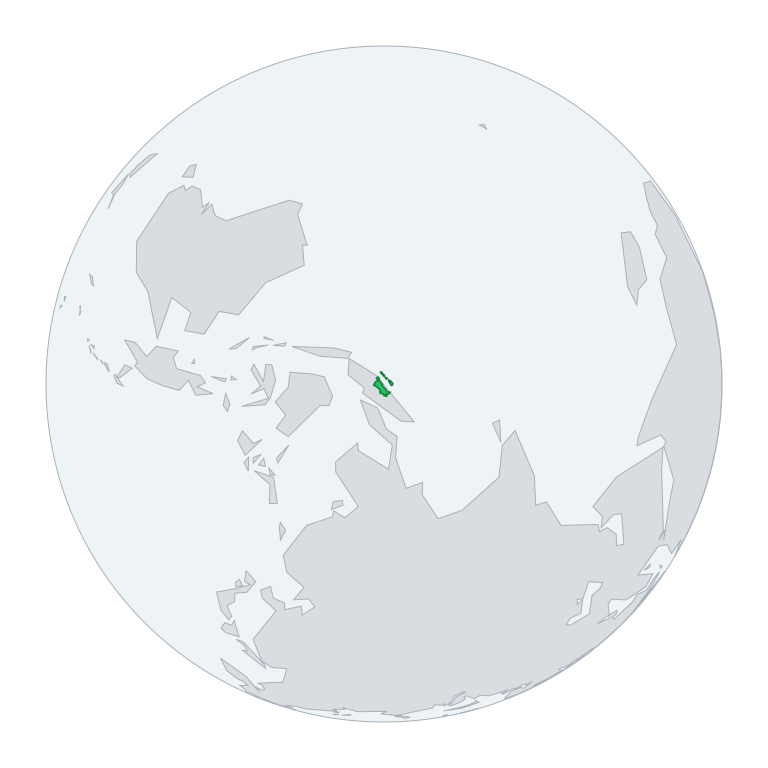 globe centered on Sumatera Barat, rotated 177°
{"feature_id": "IDN-539", "entity_name": "Sumatera Barat", "entity_type": "Province", "adm_level": 1, "iso_a3": "IDN", "parent_name": "Indonesia", "parent_adm1": "", "projection": "orthographic", "projection_center": [100.097, -1.223], "detail": "fine", "context": "on_globe", "style": "filled", "palette": "green", "viewbox_px": 768, "rotation_deg": 177, "n_neighbors": 0, "source": "natural_earth", "source_scale": "10m", "svg_char_len": 11815}
<svg xmlns="http://www.w3.org/2000/svg" viewBox="0 0 768 768"><g transform="rotate(177 384 384)"><circle cx="384" cy="384" r="338" fill="#eef3f6" stroke="#a8b0b8"/><path d="M703.7,476.3L703.1,478.8L702.9,479.1L703.7,476.3ZM526.1,77.4L529.5,79.0L519.2,74.7L524.7,77.3L503.4,68.2L519.2,74.3L520.1,74.7L526.1,77.4ZM493.3,64.4L489.3,63.1L491.5,63.7L493.3,64.4ZM113.9,180.9L113.8,181.1L112.4,182.9L113.9,180.9ZM102.5,197.0L95.7,212.7L105.7,199.6L109.5,208.7L118.6,207.7L140.5,179.8L125.5,180.5L133.3,167.7L153.6,155.7L168.2,157.2L171.7,152.4L171.2,141.8L183.5,133.5L172.1,137.8L170.1,142.4L162.9,145.7L164.3,141.8L168.6,138.7L166.7,136.9L146.8,153.8L142.6,160.4L132.3,164.5L124.4,176.2L118.4,182.2L129.5,164.8L135.2,158.3L148.5,141.8L141.5,148.7L128.5,165.3L128.6,164.2L119.1,175.5L126.4,166.1L136.6,153.8L160.2,130.9L185.8,110.3L190.1,108.5L194.8,105.8L205.6,98.6L205.6,99.6L215.5,93.0L224.4,90.2L221.9,88.6L234.6,81.8L246.8,76.7L250.6,74.6L230.7,83.2L223.2,87.1L217.4,90.6L196.5,103.2L192.2,105.8L200.1,100.5L225.8,85.4L252.9,72.6L268.9,66.5L280.4,63.5L272.9,70.5L263.0,74.0L260.7,72.7L251.2,79.3L257.5,76.1L257.5,77.5L269.6,72.7L270.2,73.6L280.9,68.1L282.9,68.6L276.1,72.1L295.8,67.1L303.4,68.1L307.6,66.7L309.9,64.9L318.0,68.3L320.7,67.2L319.1,65.5L323.5,62.5L334.5,59.0L336.7,60.3L333.0,61.8L328.7,67.5L318.6,72.1L320.6,72.4L329.9,68.8L335.2,61.7L341.2,59.3L340.1,62.1L340.9,60.9L344.6,60.2L350.3,61.0L352.1,57.9L389.3,52.4L404.0,54.7L398.9,57.0L427.2,58.1L441.6,62.9L440.1,61.1L452.6,61.9L448.3,60.3L448.5,59.6L478.8,63.6L487.6,66.4L499.0,68.3L498.2,67.7L492.3,65.5L503.4,68.2L524.7,77.3L525.4,78.1L538.2,84.2L537.9,85.7L543.6,90.5L535.7,90.2L540.9,94.9L545.4,97.0L555.8,105.8L561.7,118.9L537.2,99.2L524.5,82.8L527.9,88.1L521.3,84.6L518.9,85.4L521.9,90.0L525.9,91.8L500.5,91.5L496.0,104.8L510.6,106.8L520.5,113.6L528.1,135.8L503.7,163.0L516.7,176.7L518.0,184.7L507.9,187.8L505.7,176.0L494.7,170.3L495.0,163.8L478.1,166.6L477.7,157.5L464.7,165.1L470.5,173.2L485.6,173.2L474.5,185.1L490.8,200.8L493.5,218.3L468.8,246.8L442.4,254.1L440.9,259.9L430.0,252.4L416.1,263.1L436.8,298.6L436.4,308.7L413.5,326.4L412.9,318.7L384.0,298.6L378.9,322.6L400.8,344.3L408.3,369.2L391.6,360.5L383.9,338.8L373.7,331.0L376.3,309.9L367.5,278.7L350.6,283.8L351.7,271.6L337.0,246.7L312.6,253.7L274.1,284.9L269.0,316.6L255.6,330.6L238.7,284.7L238.8,255.0L227.9,257.7L214.6,233.5L177.6,232.5L176.6,225.2L168.7,228.8L160.0,221.9L160.2,210.3L152.9,211.4L153.5,242.1L161.8,241.4L174.7,229.1L172.9,240.5L181.8,250.7L156.5,279.1L108.7,306.2L111.3,282.8L112.7,222.4L116.8,215.7L117.1,215.0L117.5,213.7L110.2,224.6L112.9,213.5L104.3,254.4L99.6,273.0L107.9,307.6L105.3,311.5L110.2,318.7L134.6,309.0L133.2,317.0L117.2,354.7L89.7,408.0L97.6,443.5L102.8,474.2L95.1,495.5L105.3,519.3L102.7,528.2L108.9,541.8L112.1,556.6L114.1,571.0L107.2,572.7L99.3,560.5L84.4,537.3L60.4,480.7L54.1,454.0L50.3,433.9L46.6,402.8L46.1,378.7L47.4,354.7L50.3,330.7L54.9,307.1L61.3,283.8L69.2,261.1L78.8,239.0L89.9,217.6L102.5,197.0ZM176.2,174.3L189.8,175.8L196.6,159.2L202.4,158.7L202.6,153.7L197.0,158.1L199.3,144.8L209.9,140.6L214.8,134.1L210.5,133.5L190.8,143.7L187.3,162.1L178.7,168.7L176.2,174.3ZM118.4,175.2L118.4,175.5L119.7,174.4L113.8,182.0L118.4,175.2ZM195.2,103.8L195.7,103.4L193.3,105.0L189.3,107.8L190.3,107.1L195.2,103.8ZM325.9,51.1L320.6,52.1L307.5,54.9L308.9,54.5L325.9,51.1ZM134.2,184.6L127.6,190.0L128.0,187.5L130.1,186.1L134.2,184.6ZM117.3,185.5L118.0,188.6L115.7,187.5L117.3,185.5ZM312.3,53.9L316.4,53.0L315.2,53.3L312.3,53.9ZM328.6,50.7L328.3,50.9L327.6,50.8L328.6,50.7ZM268.4,633.4L275.3,637.7L270.5,638.0L268.4,633.4ZM135.6,468.2L139.3,522.5L129.9,523.1L121.8,507.2L116.1,474.4L124.9,464.9L127.5,450.0L135.6,468.2ZM491.8,433.4L501.5,435.8L501.1,437.4L491.8,433.4ZM481.6,426.9L492.9,428.4L479.6,430.2L481.6,426.9ZM497.3,429.0L508.7,427.1L513.7,425.0L512.7,428.2L497.3,429.0ZM474.0,426.3L431.6,422.6L414.8,417.2L418.9,411.6L446.1,415.0L474.0,426.3ZM417.5,411.3L391.7,393.3L355.8,344.6L368.7,345.9L406.0,376.2L403.7,381.0L419.3,394.9L417.5,411.3ZM479.7,385.9L477.2,400.7L454.0,397.5L443.3,394.2L436.0,374.4L440.1,365.1L448.9,366.0L482.3,336.4L494.0,345.4L483.9,358.1L493.4,371.9L479.7,385.9ZM270.4,319.7L277.7,339.1L270.4,342.1L270.4,319.7ZM495.4,315.4L482.2,328.0L494.1,310.7L495.4,315.4ZM502.2,299.0L503.3,306.0L497.6,298.7L502.2,299.0ZM440.9,269.1L431.7,270.0L431.3,265.2L442.9,261.4L440.9,269.1ZM495.5,233.6L496.0,246.9L494.5,251.3L490.0,242.8L495.5,233.6ZM341.5,54.4L323.3,57.3L312.0,60.5L308.5,63.3L305.7,61.2L323.1,56.2L341.5,54.4ZM383.2,52.1L386.2,50.6L390.1,51.3L389.9,51.7L383.2,52.1ZM381.3,51.2L375.2,49.8L380.3,49.0L384.1,50.2L381.3,51.2ZM343.1,49.8L337.5,50.5L338.6,50.0L343.1,49.8ZM626.7,603.8L626.4,607.6L617.0,616.5L605.7,625.0L598.5,625.9L626.7,603.8ZM560.0,613.1L564.0,600.4L574.5,601.5L566.5,611.8L560.0,613.1ZM634.3,597.4L642.9,587.6L650.3,573.4L644.2,586.8L645.9,589.4L627.9,607.3L634.3,597.4ZM533.4,555.2L469.1,572.5L456.0,568.1L461.4,558.2L453.5,526.4L458.0,527.4L457.6,506.7L496.8,491.4L525.5,460.7L544.9,465.2L561.0,443.2L580.2,447.7L573.1,465.7L591.4,481.5L608.0,441.3L615.0,489.0L625.5,508.5L623.5,539.4L589.3,585.6L573.5,592.9L572.3,587.5L565.3,591.7L557.0,587.8L556.1,570.1L549.0,574.3L557.6,562.7L546.5,572.5L543.9,561.1L533.4,555.2ZM669.0,497.2L670.8,499.2L672.1,508.8L669.5,506.0L669.0,497.2ZM698.9,483.4L698.6,487.9L697.2,487.8L698.9,483.4ZM702.9,479.1L701.3,479.4L703.7,476.3L702.9,479.1ZM683.4,473.8L683.9,477.1L683.0,477.9L683.4,473.8ZM682.8,472.5L684.6,468.3L683.8,473.0L682.8,472.5ZM676.0,444.1L677.4,442.1L677.9,444.2L676.0,444.1ZM515.9,437.5L529.7,427.1L537.0,427.0L515.9,437.5ZM674.5,438.5L671.2,437.0L671.7,434.7L674.5,438.5ZM675.1,432.9L675.0,429.4L676.5,438.0L675.1,432.9ZM669.0,423.3L672.9,430.6L668.5,423.9L669.0,423.3ZM666.5,423.4L663.5,419.8L663.7,418.9L666.5,423.4ZM628.9,418.6L640.7,441.5L630.5,438.7L619.4,423.8L609.4,433.5L587.6,427.8L593.0,421.5L590.3,410.1L567.0,402.2L562.3,394.5L570.9,391.1L555.1,383.3L572.4,382.6L579.2,398.0L588.9,388.3L605.0,393.9L620.3,401.6L631.9,415.0L628.9,418.6ZM572.0,414.2L574.9,414.7L572.1,418.6L572.0,414.2ZM657.7,410.1L662.1,418.5L661.5,420.1L659.2,418.4L657.7,410.1ZM634.7,413.0L647.5,404.1L650.4,405.0L641.8,416.6L634.7,413.0ZM644.7,395.6L650.4,398.7L653.2,406.2L652.0,407.7L644.7,395.6ZM536.7,396.0L535.9,399.9L531.3,396.2L536.7,396.0ZM542.7,394.4L556.3,400.5L541.3,397.6L542.7,394.4ZM500.1,375.8L504.2,385.6L517.3,381.0L507.3,388.5L516.0,405.0L512.9,410.5L504.3,392.8L500.9,409.8L495.0,408.9L492.0,393.7L498.1,376.3L503.9,369.5L527.5,369.1L500.1,375.8ZM542.6,382.9L539.0,371.6L541.7,364.8L545.7,371.0L542.6,382.9ZM527.7,344.7L517.6,331.4L508.6,335.1L526.4,320.3L533.3,335.3L527.7,344.7ZM518.6,317.2L510.3,320.4L518.7,311.7L518.6,317.2ZM508.0,316.2L506.7,307.8L513.5,309.7L508.0,316.2ZM523.0,318.1L524.1,304.3L527.8,312.9L523.0,318.1ZM503.1,289.4L518.1,304.2L499.1,296.5L496.8,270.4L504.8,270.6L503.1,289.4ZM538.5,196.4L535.8,189.8L542.6,189.4L542.5,194.0L538.5,196.4ZM562.2,185.0L543.5,187.3L528.0,190.5L533.5,194.1L531.4,204.5L522.3,193.3L532.0,183.2L544.0,182.9L544.4,174.6L552.3,170.6L548.3,160.1L551.3,156.6L558.5,166.4L562.2,185.0ZM546.0,155.7L541.9,139.1L555.4,144.1L559.4,148.8L555.6,154.0L548.7,151.0L546.0,155.7ZM544.9,136.8L538.2,134.0L518.0,109.9L517.2,106.3L539.6,125.7L534.5,124.4L537.1,129.9L544.9,136.8ZM491.3,63.9L489.5,63.2L493.2,64.5L491.3,63.9ZM445.9,58.7L446.8,58.0L451.2,59.0L445.9,58.7ZM451.8,56.9L446.2,56.1L451.2,56.4L451.8,56.9ZM433.8,54.9L443.6,55.6L435.6,55.8L433.8,54.9Z" fill="#d9dde1" stroke="#a8b0b8" stroke-width="1"/><path d="M389.5,391.4L388.9,390.5L388.3,389.5L388.3,389.4L388.6,389.1L388.7,388.8L388.5,388.1L388.5,387.9L388.4,387.8L388.0,387.4L387.9,387.2L387.7,386.8L387.4,386.5L387.3,386.3L387.2,386.2L387.2,385.9L387.2,385.7L386.8,385.3L386.8,385.2L386.8,384.6L386.7,384.6L386.4,384.4L386.1,384.2L386.1,384.3L385.9,384.3L385.8,384.2L386.0,384.1L386.0,383.9L385.9,383.8L385.7,383.6L385.6,383.4L385.6,383.1L385.9,383.1L385.9,382.9L385.7,382.9L385.5,382.5L385.5,382.1L385.4,381.9L385.2,381.6L384.4,380.7L384.2,380.5L384.0,380.1L383.6,379.7L383.4,379.5L383.0,379.2L382.9,379.0L382.8,378.9L382.5,378.7L382.4,378.6L382.3,378.1L382.1,377.9L382.0,377.7L382.1,377.2L381.9,377.0L381.6,376.7L381.3,376.3L381.1,376.2L380.7,376.0L380.4,375.9L379.9,375.8L379.8,375.7L379.6,375.5L379.5,375.4L379.4,375.4L379.1,375.5L378.8,375.5L378.6,375.3L378.4,375.3L379.1,374.6L379.5,374.0L379.6,373.9L379.9,373.9L380.1,373.8L380.3,373.8L380.7,373.5L380.9,373.5L381.0,373.5L381.4,373.6L381.6,373.8L382.1,373.9L382.2,374.0L382.3,374.0L382.5,374.0L382.8,373.9L382.9,373.6L382.8,373.1L382.7,373.0L382.6,372.9L382.4,372.6L382.3,372.3L382.2,372.2L381.9,372.1L381.9,371.9L381.7,371.8L381.7,371.7L381.8,371.6L382.0,371.7L382.3,371.7L382.6,371.7L382.8,371.8L383.1,371.9L383.3,372.0L383.7,372.1L383.8,372.1L384.0,372.3L384.3,372.4L384.5,372.3L384.7,372.5L384.4,372.8L384.4,373.0L384.5,373.4L384.6,373.5L384.8,373.7L385.0,374.1L385.6,374.4L385.8,374.4L385.9,374.2L386.0,374.1L386.4,374.2L386.6,374.3L386.8,374.6L387.2,374.8L387.5,374.9L387.6,375.0L387.9,375.3L388.0,375.2L388.0,375.3L388.4,375.6L388.5,375.8L388.4,376.5L388.4,377.0L387.9,377.1L387.8,377.3L388.0,377.7L388.1,378.1L388.5,378.7L389.0,379.0L389.3,379.2L389.6,379.6L390.7,380.9L391.3,381.4L391.9,381.8L392.2,382.2L392.4,382.3L392.7,382.4L393.3,382.5L393.6,382.6L393.8,382.8L393.9,383.1L394.0,383.2L393.9,383.5L394.0,383.5L394.3,383.6L394.2,383.8L394.0,384.1L393.9,384.2L393.7,384.3L393.4,384.3L393.3,384.7L393.4,385.0L393.3,385.3L393.4,385.5L393.2,385.7L393.1,385.9L392.6,386.3L392.4,386.5L392.1,386.8L391.8,386.9L391.7,386.8L390.7,387.0L390.3,386.9L390.2,386.9L390.0,387.4L390.1,387.8L390.2,388.1L390.3,388.4L390.4,388.6L390.5,388.7L390.7,388.8L390.9,389.1L391.1,389.6L391.3,390.3L391.1,390.4L390.9,390.6L390.7,390.6L390.3,390.7L389.8,391.1L389.5,391.4ZM379.2,386.4L379.2,386.5L379.3,386.7L379.3,386.9L379.2,387.0L379.1,386.6L378.9,386.3L378.7,386.4L378.8,386.5L379.0,386.9L379.0,387.1L379.0,387.3L378.8,387.2L378.6,387.2L378.5,387.3L378.2,387.4L377.4,387.0L377.3,386.9L376.9,386.7L376.6,386.3L376.5,386.0L376.4,385.8L375.5,384.4L375.4,384.4L375.4,384.2L375.1,383.9L375.2,383.7L375.3,383.5L375.4,383.2L375.5,383.1L375.5,382.6L375.6,382.4L375.9,382.3L376.2,382.4L376.3,382.4L376.5,382.3L376.6,382.2L376.8,382.2L376.9,382.3L377.0,382.3L377.2,382.6L377.1,382.9L377.2,383.1L377.4,383.2L377.5,383.5L377.7,383.8L377.8,383.9L377.9,384.1L377.8,384.3L378.0,384.4L378.1,384.6L378.2,384.8L378.4,385.0L378.5,385.1L378.5,385.4L378.3,385.2L378.3,385.3L378.4,385.5L378.6,385.7L378.8,386.1L379.0,386.1L379.2,386.3L379.2,386.4ZM385.8,395.6L385.9,395.9L386.2,396.2L386.2,396.3L385.9,396.2L385.7,396.1L385.6,395.9L385.4,395.8L385.4,395.7L385.5,395.7L385.4,395.4L385.5,395.2L385.1,394.9L384.9,394.9L384.7,394.5L384.6,394.4L384.5,394.2L384.6,393.9L384.5,393.5L384.5,393.3L384.5,393.2L384.8,393.1L385.0,393.4L385.2,393.5L385.5,393.9L385.7,394.0L385.9,394.3L386.2,394.6L386.2,394.8L386.2,395.0L386.2,395.3L386.1,395.2L385.9,395.3L385.8,395.2L385.7,395.3L385.8,395.4L385.8,395.6ZM384.6,392.6L384.7,392.9L384.7,393.0L384.4,393.1L384.3,393.4L384.2,393.4L384.1,393.5L384.0,393.4L383.7,393.3L383.7,393.5L383.5,393.4L383.5,393.2L383.4,393.1L383.4,392.6L383.4,392.3L383.2,392.2L383.3,392.1L383.2,392.0L383.2,391.8L383.2,391.6L383.3,391.5L383.3,391.4L383.4,391.5L383.6,391.6L383.9,392.0L384.1,392.1L384.3,392.2L384.4,392.3L384.5,392.4L384.6,392.6ZM382.4,390.3L382.5,390.6L382.6,390.8L382.6,390.7L382.6,390.8L382.4,390.7L382.2,390.6L381.7,390.4L381.5,390.2L381.4,390.1L381.1,390.1L381.1,389.9L380.9,389.9L380.8,389.7L380.7,389.5L380.6,389.4L380.8,389.4L380.8,389.2L380.8,388.9L381.0,388.7L381.3,388.7L381.4,388.9L381.6,388.9L381.6,389.0L381.7,389.3L381.8,389.5L382.1,390.0L382.4,390.3ZM386.4,395.2L386.4,395.3L386.5,395.4L386.6,395.5L386.4,395.5L386.3,395.4L386.4,395.2Z" fill="#22c55e" stroke="#15803d" stroke-width="1.5"/></g></svg>